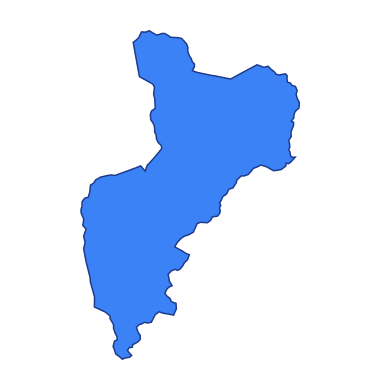 Riachinho, Tocantins, Brazil (Mercator projection), rotated 267°
{"feature_id": "56859067B22428854135071", "entity_name": "Riachinho", "entity_type": "district", "adm_level": 2, "iso_a3": "BRA", "parent_name": "Brazil", "parent_adm1": "Tocantins", "projection": "mercator", "projection_center": [-48.146, -6.475], "detail": "fine", "context": "isolated", "style": "filled", "palette": "blue", "viewbox_px": 384, "rotation_deg": 267, "n_neighbors": 0, "source": "geoboundaries", "source_scale": "gbopen_adm2", "svg_char_len": 2858}
<svg xmlns="http://www.w3.org/2000/svg" viewBox="0 0 384 384"><g transform="rotate(267 192 192)"><path d="M34.2,107.4L31.9,110.3L28.7,113.7L29.7,116.5L30.3,121.0L31.9,123.2L34.1,121.4L37.2,119.2L39.8,121.1L40.2,124.3L42.6,124.7L44.1,128.2L45.4,130.4L47.6,132.6L51.6,132.8L54.3,131.0L59.7,129.4L62.3,132.3L63.0,135.2L64.3,137.4L63.5,141.2L64.1,144.6L71.6,149.0L74.1,152.9L72.5,156.6L71.3,162.2L70.0,167.2L72.9,168.6L76.1,170.3L81.7,170.2L83.5,165.7L86.9,164.4L89.6,161.3L92.3,159.6L96.2,161.8L98.1,163.8L99.5,167.2L104.1,164.8L107.6,164.4L111.0,163.8L114.4,167.4L115.7,171.1L114.5,173.4L115.5,175.9L118.2,178.5L121.7,180.7L124.6,184.0L129.5,186.1L130.8,183.0L133.4,179.5L138.1,171.9L142.2,174.5L146.4,178.8L148.3,182.1L149.5,186.6L151.8,191.2L160.2,195.5L161.3,199.0L160.5,205.7L162.6,209.0L166.1,211.1L166.5,215.9L168.9,218.4L171.8,219.3L174.8,218.6L177.1,220.0L179.5,219.0L182.6,220.9L185.8,222.6L188.2,226.4L193.0,229.1L193.9,233.1L199.0,236.7L201.5,237.4L205.4,241.8L205.4,245.3L206.5,249.0L209.9,252.4L212.4,254.5L213.3,257.5L215.3,262.3L214.3,265.1L212.9,268.5L210.7,271.7L209.0,274.6L209.2,278.1L209.8,282.4L213.1,287.1L215.9,287.4L215.2,289.9L216.7,292.2L218.7,294.2L221.4,296.9L221.6,293.1L224.0,292.1L226.7,292.0L229.1,290.7L231.4,292.0L234.4,292.0L238.4,291.3L242.4,294.1L246.2,293.9L249.7,295.2L252.5,296.7L256.2,297.2L257.5,294.9L260.7,297.6L263.8,297.9L266.3,298.9L268.4,300.7L269.9,303.0L272.6,303.6L275.7,303.8L280.1,302.0L283.8,301.1L288.0,302.3L292.0,300.8L293.3,297.3L295.6,296.0L296.7,293.1L300.3,292.8L303.2,293.1L305.1,291.5L304.7,287.8L304.3,285.2L305.1,282.4L308.0,280.2L310.5,277.3L313.6,274.6L312.7,270.2L314.5,266.4L315.6,263.5L308.0,247.3L302.8,236.5L306.9,220.4L307.4,217.6L310.9,204.4L312.0,201.2L313.2,198.7L316.9,201.0L319.7,201.1L322.0,199.1L324.8,198.4L328.1,196.6L331.0,195.6L333.8,195.1L336.3,195.5L340.1,194.4L343.0,192.1L346.0,189.5L347.0,185.4L347.2,182.6L347.7,178.8L349.9,175.9L351.7,173.0L351.9,170.1L351.0,167.6L350.6,165.0L352.6,161.6L355.3,157.8L354.1,154.3L354.5,149.9L351.1,148.0L348.8,146.8L346.4,143.9L344.5,141.1L310.0,145.5L301.7,158.7L298.5,160.0L291.7,158.8L287.5,159.6L283.2,159.7L277.5,159.7L275.0,155.8L271.5,154.4L266.3,154.6L263.1,156.6L260.0,157.8L256.8,158.0L253.9,157.8L251.1,159.1L246.7,159.3L243.2,160.8L240.0,163.8L237.0,164.0L234.2,161.6L229.1,156.9L223.8,151.7L221.4,149.0L218.7,147.6L215.2,146.5L220.8,142.0L219.0,137.0L212.5,115.8L213.3,112.0L212.6,106.8L211.6,101.3L209.1,96.4L205.8,94.1L204.3,91.0L197.3,89.9L192.2,88.1L191.5,84.6L188.2,81.8L183.6,81.4L180.1,80.2L176.9,80.2L170.5,82.5L164.3,81.2L160.5,84.3L153.7,81.5L147.0,82.6L141.1,80.8L127.8,82.6L112.2,85.7L107.5,85.8L92.2,89.2L82.3,88.5L76.6,99.3L72.5,103.6L69.8,103.5L63.8,106.7L59.9,106.5L55.1,107.9L51.5,109.5L48.4,109.6L47.1,106.7L41.7,105.1L39.1,106.1L34.2,107.4Z" fill="#3b82f6" stroke="#1e3a8a" stroke-width="1.5"/></g></svg>